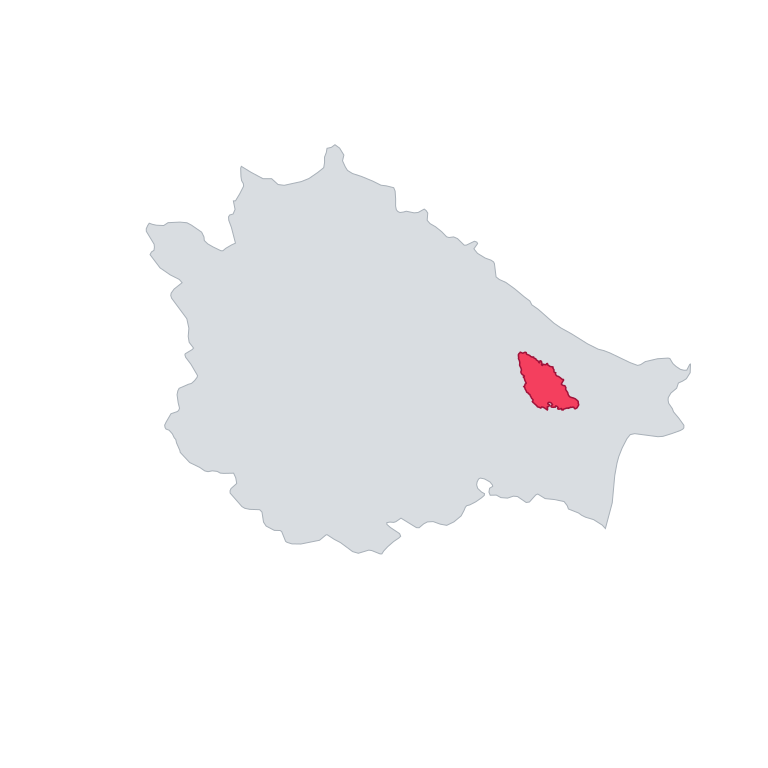 location of Ivatsevichy, Brest, Belarus, rotated 209°
{"feature_id": "67162791B15775504283911", "entity_name": "Ivatsevichy", "entity_type": "district", "adm_level": 2, "iso_a3": "BLR", "parent_name": "Belarus", "parent_adm1": "Brest", "projection": "natural_earth1", "projection_center": [25.561, 52.695], "detail": "fine", "context": "in_parent", "style": "filled", "palette": "rose", "viewbox_px": 768, "rotation_deg": 209, "n_neighbors": 0, "source": "geoboundaries", "source_scale": "gbopen_adm2", "svg_char_len": 8909}
<svg xmlns="http://www.w3.org/2000/svg" viewBox="0 0 768 768"><g transform="rotate(209 384 384)"><path d="M614.3,505.2L603.0,504.7L589.3,504.9L581.8,509.1L573.4,507.1L567.6,509.4L554.4,521.0L549.3,527.3L544.5,536.9L541.6,544.0L543.4,549.0L546.0,553.6L546.7,558.6L548.1,562.5L544.8,565.4L542.9,569.5L537.2,568.8L530.1,564.8L528.5,559.1L523.1,555.1L519.5,553.1L513.6,552.8L504.4,554.6L492.2,556.0L483.0,556.4L478.1,558.4L470.7,560.4L467.8,558.1L463.6,551.6L460.1,545.2L457.7,542.4L455.7,541.6L453.2,541.7L450.4,543.8L448.3,545.9L440.6,548.3L437.3,550.6L433.6,556.5L431.2,556.1L428.6,554.7L425.6,548.1L421.5,546.6L415.1,546.5L407.1,545.1L400.6,543.1L398.2,543.6L394.4,546.4L390.2,546.8L381.1,544.3L379.3,545.4L374.1,552.7L371.6,553.1L370.2,552.2L370.9,545.8L365.6,543.6L356.6,543.2L350.4,544.2L347.3,543.9L345.7,542.7L337.9,532.0L333.9,531.3L326.6,531.9L315.8,530.6L303.4,528.2L296.6,527.3L293.1,524.9L285.4,524.1L264.9,519.6L256.6,518.8L244.2,518.8L225.5,517.8L213.5,518.3L207.9,519.8L201.5,520.7L179.2,522.0L171.2,523.2L168.9,525.4L166.3,530.3L157.0,538.7L148.1,544.4L146.4,544.9L141.2,541.9L136.9,540.9L131.8,540.5L128.2,541.5L125.9,542.9L126.1,549.4L125.6,550.0L121.7,542.3L122.1,535.2L124.3,531.2L127.0,527.6L126.0,522.2L128.7,515.1L128.8,509.9L127.7,507.6L125.6,505.1L119.8,502.2L117.3,500.0L109.5,497.0L101.7,493.3L100.5,491.0L100.8,489.4L102.2,487.1L108.2,480.2L114.7,473.4L118.9,470.7L140.7,462.1L144.1,459.1L145.0,454.0L144.7,443.7L143.5,434.4L141.9,427.9L137.8,415.8L126.8,390.8L120.3,364.9L124.7,366.4L135.0,367.0L143.2,365.2L147.5,365.0L151.3,365.5L162.1,364.1L164.7,366.4L169.5,368.5L179.1,365.5L187.5,361.9L196.2,362.3L197.5,360.5L199.6,351.3L202.2,349.3L212.7,350.3L216.5,348.6L220.6,344.1L226.7,341.3L231.9,341.3L237.2,338.2L239.8,340.3L241.1,344.0L239.3,347.1L240.1,348.2L243.8,349.7L250.2,349.7L254.2,348.4L255.2,346.7L255.1,343.6L254.1,340.7L251.4,338.1L246.4,336.8L242.9,336.8L242.3,335.2L243.5,331.8L246.6,325.5L250.4,319.8L252.7,317.6L253.1,315.6L252.7,312.2L252.6,306.0L256.0,297.3L260.6,290.8L266.8,288.7L274.3,287.5L279.2,284.4L281.5,280.9L283.6,275.3L286.0,274.1L304.1,274.9L306.9,269.3L308.4,267.7L311.9,266.1L314.3,264.1L313.4,262.6L308.8,261.6L297.8,260.7L295.6,258.9L296.3,256.6L299.2,250.9L301.9,243.5L303.3,237.8L303.5,234.4L305.0,233.5L313.9,232.4L316.8,231.3L324.4,223.5L330.2,222.2L345.2,224.2L352.1,224.0L360.8,224.6L361.6,223.8L364.6,216.1L379.2,203.7L387.1,199.5L392.1,198.5L393.8,198.7L401.9,205.3L403.8,205.5L409.0,202.8L418.2,202.6L422.4,204.8L428.6,212.8L431.8,213.8L440.6,209.3L445.5,207.8L448.8,207.9L465.7,214.0L466.9,216.0L467.1,218.4L464.6,225.6L468.2,230.1L472.3,233.1L480.9,228.1L484.0,226.7L487.5,226.7L492.1,224.8L495.4,222.0L498.6,221.1L504.8,221.7L515.9,221.1L529.1,225.4L530.2,226.8L536.9,231.9L539.2,234.5L541.4,235.3L544.9,237.8L549.6,239.4L552.8,238.9L554.4,239.8L555.9,241.7L556.1,245.1L555.9,254.7L551.3,259.8L550.8,261.5L551.1,263.7L554.9,267.8L559.8,274.3L561.0,278.1L561.1,280.9L554.8,289.1L552.7,291.1L551.3,295.2L550.7,299.3L551.2,301.0L562.3,307.6L570.4,311.2L572.3,313.0L572.5,314.1L568.4,321.2L568.0,323.1L574.6,326.0L578.3,330.7L581.7,338.2L588.1,345.5L611.4,356.1L613.4,358.0L614.2,360.3L613.6,365.3L609.7,374.7L613.7,376.2L623.9,375.8L636.2,377.0L651.3,383.7L651.4,386.7L650.0,389.4L651.1,392.3L652.8,394.8L665.9,402.3L667.2,404.5L667.5,408.1L667.3,410.8L663.8,411.4L659.9,412.6L653.5,415.8L651.1,420.4L640.9,426.7L634.5,429.5L629.4,429.6L617.1,428.4L612.7,425.3L610.8,422.4L606.1,421.1L599.8,421.0L591.2,421.5L589.5,422.4L588.2,425.9L584.7,431.8L582.2,435.2L593.4,447.0L599.1,451.9L601.0,454.8L600.9,457.0L598.4,459.5L598.9,464.5L604.5,471.1L602.7,472.2L602.4,480.3L602.7,489.0L604.2,491.1L607.2,492.9L609.7,496.1L614.0,503.3L614.3,505.2Z" fill="#d9dde1" stroke="#a8b0b8" stroke-width="1"/><path d="M214.8,448.1L214.7,449.0L214.5,449.3L213.8,450.0L213.4,450.5L212.8,451.1L212.2,451.8L211.8,451.9L211.3,451.9L211.0,452.1L211.1,452.4L210.7,452.9L210.3,453.0L210.0,453.1L209.9,453.4L209.9,453.7L209.8,454.0L209.5,454.2L209.1,454.3L208.8,454.4L208.4,454.7L208.1,454.9L207.9,455.2L207.4,455.4L206.9,455.6L206.5,455.6L206.2,455.4L205.9,455.1L205.3,454.9L204.9,454.9L204.6,455.1L204.3,455.6L204.1,455.9L203.9,456.3L203.6,456.8L203.6,458.3L203.5,459.7L203.6,460.0L203.8,460.5L204.2,460.9L204.8,461.3L205.0,461.6L205.2,462.2L205.5,462.6L205.8,462.9L206.0,463.0L206.4,463.2L207.4,463.4L208.2,463.5L208.9,463.7L209.5,463.8L210.4,463.7L211.3,463.6L212.0,463.5L212.6,463.3L213.1,463.2L213.6,463.1L214.0,463.0L214.3,463.0L214.9,462.9L215.4,462.9L216.1,463.1L216.8,463.5L217.3,463.7L217.9,464.2L218.2,464.5L218.6,464.9L219.2,465.6L220.0,466.0L220.8,466.4L222.6,467.4L222.8,467.8L222.9,468.3L223.0,468.8L223.4,469.2L224.0,469.5L224.5,469.9L224.8,470.1L225.2,470.1L225.6,470.0L225.9,469.8L226.4,469.6L227.0,469.6L227.5,469.6L228.2,469.6L228.5,469.7L228.8,470.0L228.9,470.3L228.9,470.7L228.9,471.0L228.9,471.9L228.9,472.6L228.9,473.1L228.8,473.8L228.8,474.4L229.1,474.8L229.4,474.9L229.8,474.8L230.2,474.5L230.5,474.5L231.2,474.6L231.7,474.7L232.4,474.9L233.0,475.0L233.6,475.0L234.1,475.1L234.8,475.2L235.1,475.2L235.4,475.1L235.8,475.0L236.2,474.9L236.6,474.9L237.2,474.9L237.8,475.2L238.4,475.5L238.8,475.9L239.1,476.3L239.2,476.8L239.3,477.1L239.7,477.0L240.8,476.9L241.2,477.1L241.5,477.5L241.7,477.8L241.9,478.3L242.3,478.9L243.1,479.3L243.6,479.6L244.1,479.9L244.3,480.3L244.3,480.7L244.6,480.8L245.2,480.6L245.6,480.4L246.2,480.2L246.8,480.1L247.2,479.9L247.8,479.8L248.5,480.0L249.0,480.1L249.6,480.1L250.2,480.1L250.3,480.3L250.4,480.6L250.5,480.8L250.8,481.0L251.1,481.1L251.6,480.6L251.7,480.0L251.7,479.5L252.0,479.2L252.6,478.9L253.2,478.8L254.0,478.6L254.3,478.5L254.5,478.2L254.3,477.9L254.3,477.5L254.4,477.1L254.8,477.0L255.1,477.0L255.6,477.3L255.7,477.6L255.6,478.0L255.8,478.4L256.0,478.8L256.3,479.0L256.6,479.3L256.8,479.6L257.0,479.9L257.3,480.1L257.8,480.2L258.5,480.1L258.8,479.8L258.8,479.5L258.6,479.2L258.4,478.8L258.4,478.3L258.4,477.9L258.7,477.8L259.1,477.9L259.4,478.2L259.7,478.4L260.0,478.6L260.4,478.8L261.0,478.9L261.5,478.9L262.1,478.8L262.6,479.0L263.0,479.3L263.2,479.5L263.5,479.6L263.8,479.6L264.2,479.6L264.7,479.4L265.1,479.4L265.5,479.5L266.1,480.1L266.3,480.1L266.6,480.0L267.1,479.7L267.2,479.4L267.6,479.3L268.1,479.3L268.5,479.3L268.9,479.2L269.3,479.2L269.9,479.5L270.3,479.6L271.2,479.5L271.5,479.5L272.0,479.4L272.5,479.4L272.9,479.3L273.3,479.2L273.8,479.3L274.1,479.4L274.3,479.7L274.5,480.0L274.7,480.3L274.9,480.4L275.3,480.4L275.7,480.3L276.0,480.1L276.5,479.7L276.6,479.4L277.0,478.9L277.2,478.6L277.4,478.3L277.8,478.1L278.7,478.1L279.3,478.0L280.0,478.0L280.3,477.7L280.2,477.3L280.3,477.0L280.4,476.6L280.6,476.3L280.7,475.9L280.7,475.5L280.7,474.8L280.5,474.5L280.2,474.1L280.1,473.7L279.9,473.5L279.7,473.3L279.4,472.9L279.1,472.6L279.0,472.0L278.6,471.3L277.9,470.8L277.2,470.3L276.5,469.6L275.8,468.8L275.1,467.6L274.9,467.0L274.5,466.2L273.9,465.7L273.0,465.1L272.5,464.7L271.7,464.1L271.1,463.5L270.6,462.8L270.4,462.3L270.4,461.9L270.2,461.1L269.9,460.6L269.2,460.0L268.4,459.6L267.6,459.3L266.4,459.2L265.1,459.0L265.0,458.7L265.2,458.4L265.3,458.0L265.5,457.7L265.2,457.4L264.9,457.4L264.4,457.3L264.0,457.0L263.3,456.2L262.7,455.6L261.9,455.0L261.1,454.4L260.6,454.1L260.1,453.8L260.0,453.4L260.1,453.1L260.3,452.8L260.5,452.6L260.5,452.2L260.4,451.6L260.1,450.9L260.1,450.4L260.4,450.0L260.5,449.5L259.8,449.3L259.3,449.2L259.2,449.2L258.8,448.7L258.4,448.3L258.2,448.1L257.8,447.8L257.3,447.6L256.7,447.2L256.3,446.9L255.9,446.6L255.6,446.3L255.1,446.0L254.4,446.0L254.1,446.1L253.7,446.1L253.4,445.9L253.1,445.6L252.8,445.5L252.4,445.5L252.0,445.6L251.6,445.6L251.1,445.4L250.9,445.1L250.6,444.8L250.2,444.5L249.6,444.3L249.1,443.9L248.7,443.6L248.4,443.4L248.0,443.1L247.4,442.9L246.8,442.8L246.3,442.6L246.0,442.4L245.9,442.0L245.7,441.7L245.5,441.2L245.8,440.7L245.4,440.4L245.2,440.3L244.7,440.1L244.1,440.1L243.4,439.9L243.0,439.7L242.3,439.6L241.6,439.5L241.1,439.4L240.8,439.2L240.4,439.1L239.9,439.1L239.5,438.9L239.2,438.6L238.9,438.5L238.3,438.5L237.9,438.6L237.5,438.8L237.2,438.8L236.5,438.9L236.3,438.9L235.7,439.0L235.2,439.0L235.2,439.3L235.2,439.9L235.0,440.3L233.8,440.8L232.9,440.8L232.0,440.9L231.1,440.7L230.3,440.7L229.4,440.5L228.6,440.5L228.6,441.0L228.7,441.4L229.0,441.7L229.5,442.2L229.9,442.6L230.1,443.1L230.1,443.5L229.7,443.7L229.3,443.8L229.0,444.3L229.0,444.7L229.0,445.4L229.0,445.9L229.4,446.0L230.0,446.1L230.6,445.9L231.2,446.1L231.4,446.5L231.3,447.1L231.1,447.6L230.8,448.0L229.9,448.4L228.6,448.5L227.6,448.1L226.6,447.6L226.8,447.0L227.2,446.5L227.3,446.1L227.3,445.6L227.0,445.2L226.3,445.0L225.6,445.3L224.6,445.7L223.8,446.3L222.9,446.9L223.1,447.5L223.1,448.1L222.5,448.3L221.6,448.3L220.3,447.8L220.3,447.3L220.1,446.6L219.5,446.5L218.7,446.8L218.4,447.2L217.9,447.5L217.5,447.8L217.4,448.2L217.1,448.5L216.4,448.4L216.3,448.0L215.9,447.6L215.5,447.8L214.9,448.1L214.8,448.1Z" fill="#f43f5e" stroke="#9f1239" stroke-width="1.5"/></g></svg>